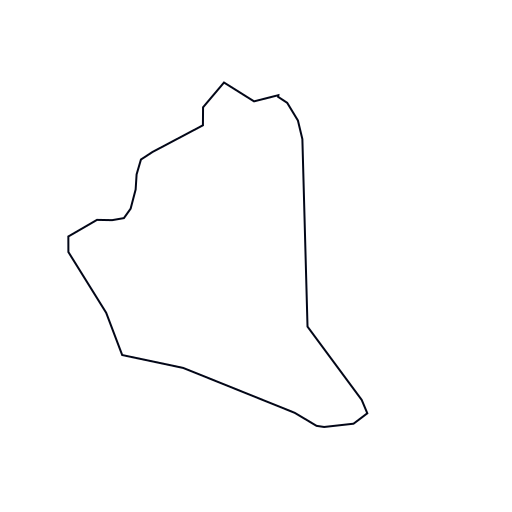 outline of Sežana, rotated 209°
{"feature_id": "SVN-1034", "entity_name": "Sežana", "entity_type": "Municipality", "adm_level": 1, "iso_a3": "SVN", "parent_name": "Slovenia", "parent_adm1": "", "projection": "orthographic", "projection_center": [13.883, 45.722], "detail": "fine", "context": "isolated", "style": "outline", "palette": "ink", "viewbox_px": 512, "rotation_deg": 209, "n_neighbors": 0, "source": "natural_earth", "source_scale": "10m", "svg_char_len": 523}
<svg xmlns="http://www.w3.org/2000/svg" viewBox="0 0 512 512"><g transform="rotate(209 256 256)"><path d="M314.4,407.5L313.8,405.9L303.0,405.1L285.0,394.8L272.1,380.7L176.7,219.2L93.8,181.4L82.4,172.4L89.4,156.6L113.5,139.5L120.7,136.8L146.1,137.6L265.4,122.8L325.0,104.5L359.5,133.7L422.0,168.5L429.6,182.1L412.6,210.5L399.2,217.6L389.9,225.1L388.6,236.6L393.5,255.8L400.0,269.5L403.4,284.6L396.9,296.9L365.8,344.6L374.4,360.4L368.1,392.2L332.7,390.3L314.4,407.5Z" fill="none" stroke="#020617" stroke-width="2"/></g></svg>